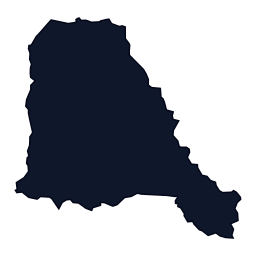 outline of Trujillo Alto, Puerto Rico
{"feature_id": "32010507B87242959394677", "entity_name": "Trujillo Alto", "entity_type": "district", "adm_level": 2, "iso_a3": "PRI", "parent_name": "Puerto Rico", "parent_adm1": "", "projection": "robinson", "projection_center": [-65.993, 18.337], "detail": "fine", "context": "isolated", "style": "filled", "palette": "ink", "viewbox_px": 256, "rotation_deg": 0, "n_neighbors": 0, "source": "geoboundaries", "source_scale": "gbopen_adm2", "svg_char_len": 1875}
<svg xmlns="http://www.w3.org/2000/svg" viewBox="0 0 256 256"><path d="M107.6,19.3L100.6,20.9L100.6,21.5L99.1,21.9L91.5,22.3L86.0,20.3L81.0,20.4L79.1,18.0L77.5,18.5L76.0,19.6L76.3,22.3L68.3,23.6L51.1,20.0L44.8,27.1L42.5,29.8L40.2,32.4L36.3,36.5L31.5,44.8L30.4,45.3L29.0,45.5L28.5,48.6L30.1,53.3L29.7,59.3L31.5,64.3L30.5,67.6L30.3,72.9L30.3,73.2L30.7,77.3L35.2,80.8L30.8,85.3L30.8,89.7L26.6,99.7L25.8,106.3L28.5,109.4L28.5,113.1L29.9,120.0L32.7,132.5L29.9,137.0L29.9,140.1L29.6,145.6L27.6,151.0L28.9,156.1L27.2,157.9L26.6,163.3L28.1,165.6L28.6,171.4L24.1,177.7L16.4,182.6L17.2,189.5L15.4,190.3L16.8,192.6L22.1,192.0L28.7,197.3L37.1,199.1L40.4,196.5L49.7,197.1L52.0,198.8L58.8,208.8L62.2,202.4L66.5,199.8L70.4,199.4L73.1,202.5L78.6,203.0L86.0,208.3L91.7,210.4L92.7,207.7L100.5,205.3L100.5,202.4L104.4,202.6L112.8,206.1L117.0,204.7L124.6,197.5L131.2,196.4L137.2,193.2L141.6,194.1L167.1,195.4L175.3,196.5L176.6,195.8L177.7,197.1L175.4,200.8L175.6,203.4L178.3,203.9L177.8,206.5L180.7,207.8L184.4,213.7L184.2,215.8L187.8,221.8L192.6,221.3L194.2,224.3L199.3,229.7L202.3,230.8L208.2,235.4L215.9,232.8L220.0,235.9L225.7,237.5L233.1,238.0L231.8,235.1L233.5,229.2L230.5,223.8L238.0,220.5L237.5,213.1L234.8,208.7L237.2,202.5L240.6,199.4L240.4,197.3L236.4,192.3L233.6,190.6L231.6,192.2L222.5,192.6L219.3,190.7L216.1,185.6L215.4,182.2L210.5,180.6L207.0,176.4L201.9,175.2L197.6,167.8L197.4,164.7L191.4,164.1L187.3,157.4L189.5,152.4L189.2,149.2L186.5,147.3L180.5,147.3L179.0,146.0L177.8,141.0L172.9,135.4L173.4,130.2L178.7,120.8L173.1,119.4L172.2,115.8L173.2,111.9L166.4,110.0L164.3,102.0L162.9,98.6L161.0,97.3L160.3,88.4L151.6,87.6L148.3,85.1L148.3,79.3L146.0,73.8L144.4,71.1L143.5,69.5L135.5,61.4L129.4,55.2L129.2,51.7L129.7,45.1L128.9,43.3L125.3,38.7L125.2,27.9L125.3,27.0L122.3,25.9L119.2,26.5L111.5,23.6L108.9,19.2L107.6,19.3Z" fill="#0f172a" stroke="#020617" stroke-width="1.5"/></svg>